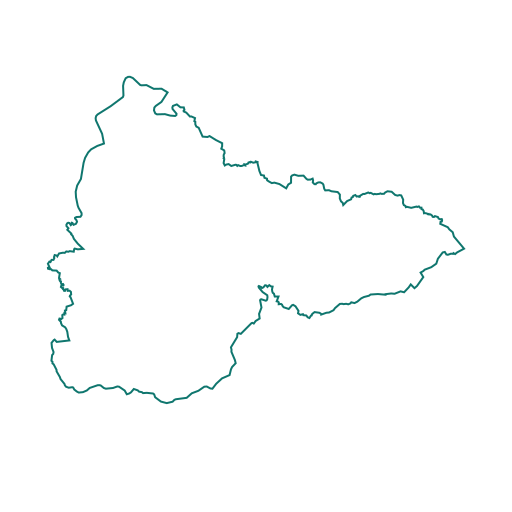 the district of Mueang Chanthaburi, Chanthaburi, Thailand, rotated 98°
{"feature_id": "78962969B33919440626179", "entity_name": "Mueang Chanthaburi", "entity_type": "district", "adm_level": 2, "iso_a3": "THA", "parent_name": "Thailand", "parent_adm1": "Chanthaburi", "projection": "albers", "projection_center": [102.113, 12.63], "detail": "fine", "context": "isolated", "style": "outline", "palette": "teal", "viewbox_px": 512, "rotation_deg": 98, "n_neighbors": 0, "source": "geoboundaries", "source_scale": "gbopen_adm2", "svg_char_len": 6112}
<svg xmlns="http://www.w3.org/2000/svg" viewBox="0 0 512 512"><g transform="rotate(98 256 256)"><path d="M200.8,70.1L198.5,78.0L196.4,78.0L196.1,76.9L195.6,76.7L194.5,76.7L193.6,77.2L194.0,78.8L193.5,80.4L192.1,81.3L191.6,84.4L192.6,85.2L192.6,86.5L191.5,87.2L190.5,89.0L190.8,90.4L190.3,90.8L190.7,91.6L190.1,92.7L190.0,94.8L190.3,95.6L188.2,96.2L186.8,97.3L186.6,98.6L185.1,98.9L185.3,100.4L184.2,101.6L185.0,103.2L184.7,103.9L186.7,109.0L186.3,113.3L186.8,114.4L185.6,115.0L185.0,116.7L183.1,117.8L179.7,118.1L175.8,120.6L175.7,122.4L176.5,124.2L176.2,126.7L173.5,130.6L173.6,134.8L175.2,137.0L176.6,137.9L177.0,140.4L176.7,141.6L177.3,142.5L178.1,145.6L178.0,147.1L178.6,148.1L177.5,151.2L178.0,152.2L177.5,153.7L179.5,157.2L179.6,158.5L182.0,161.5L182.8,161.4L183.1,162.1L182.6,163.2L183.1,164.6L181.8,166.1L182.9,168.1L184.1,168.3L184.8,169.5L186.6,169.7L188.9,173.4L193.4,176.7L191.2,177.6L190.1,179.4L187.4,181.0L183.5,181.5L181.3,184.0L181.4,190.3L180.7,192.9L181.4,196.6L179.9,197.8L176.0,199.2L175.0,200.1L174.1,202.6L174.5,204.6L175.7,206.4L176.6,206.8L176.7,208.1L175.3,210.0L173.1,210.0L171.5,210.7L172.8,212.8L173.2,215.5L172.6,216.8L169.8,220.1L170.7,225.3L170.1,229.3L171.2,231.4L172.5,232.3L178.6,231.5L180.7,234.0L184.8,235.5L181.5,242.8L180.8,248.0L181.6,250.5L180.5,253.4L179.5,255.5L177.9,255.9L177.4,258.5L175.2,259.3L175.1,262.3L171.3,264.5L163.7,267.5L162.7,267.5L162.4,269.4L163.2,269.4L164.0,271.7L163.4,274.2L164.1,274.6L163.9,275.4L164.5,276.5L165.4,276.5L166.9,278.9L166.8,280.0L167.8,279.5L167.6,280.6L168.8,282.6L169.1,284.1L168.5,286.3L169.4,287.1L168.5,288.1L168.5,289.1L170.3,293.0L168.8,295.9L169.6,298.2L170.7,299.5L168.5,301.0L164.4,300.9L163.7,301.7L162.9,301.4L161.6,302.0L159.9,302.0L158.5,301.4L156.3,302.0L155.8,302.3L154.6,305.3L152.2,304.8L149.0,305.2L146.8,311.7L143.7,318.7L144.9,320.6L145.2,325.5L137.0,330.6L136.1,333.1L134.1,334.4L131.5,334.8L131.1,335.8L127.9,335.6L126.8,339.5L127.1,340.8L123.7,345.0L122.9,347.7L122.1,347.9L121.2,347.2L118.9,348.2L119.3,351.5L116.9,355.5L118.9,359.1L120.4,359.5L122.0,359.1L126.2,354.5L127.6,354.5L128.6,355.6L128.9,360.5L128.2,365.9L129.5,373.8L128.8,375.6L126.0,377.3L123.1,377.3L121.3,376.1L116.6,371.1L106.3,366.3L103.5,372.8L104.7,380.5L102.0,388.2L102.9,393.0L102.8,394.4L96.9,402.7L96.1,405.7L96.4,407.6L98.1,409.8L102.4,411.1L106.0,411.3L115.5,409.6L117.1,409.9L127.9,420.8L137.9,432.6L139.7,433.8L141.8,434.0L144.0,433.4L156.4,425.4L165.8,422.2L169.1,428.5L173.3,434.1L176.8,436.6L182.6,438.9L187.7,439.7L204.1,440.1L211.1,442.9L217.4,443.5L222.9,442.4L230.8,439.6L232.9,438.5L237.8,434.7L239.7,434.4L241.6,435.3L242.4,439.2L243.3,440.5L244.1,440.4L245.5,438.8L247.0,438.0L249.2,438.8L250.5,441.0L248.8,442.4L248.7,443.0L250.7,443.3L251.2,443.7L249.3,445.3L249.2,446.6L249.9,447.5L251.5,448.1L252.8,447.8L254.6,445.6L256.3,446.5L259.5,442.0L260.2,442.1L261.5,440.4L264.4,438.7L268.6,434.2L273.0,428.1L274.2,433.4L273.9,436.6L274.5,437.0L277.1,437.1L277.1,441.1L277.9,442.4L277.9,444.5L279.5,445.8L279.6,447.6L280.9,451.4L284.0,452.7L283.3,453.3L283.1,455.5L285.3,455.9L286.1,455.4L288.0,456.0L288.3,457.9L290.6,458.7L290.3,459.8L292.6,461.0L296.0,458.8L296.6,460.4L297.5,460.2L297.8,458.6L297.6,457.0L298.6,455.7L298.2,451.4L299.9,449.5L300.3,447.9L305.2,448.0L306.0,446.9L306.4,447.5L307.0,447.3L308.0,446.7L308.3,445.6L309.5,445.6L311.1,444.6L310.6,443.2L311.5,442.5L312.1,442.7L312.2,444.6L313.8,444.9L314.6,443.7L314.6,442.6L315.6,442.6L315.9,442.0L317.2,441.2L317.1,440.3L315.6,440.1L315.1,438.0L316.7,437.6L316.3,435.8L317.3,434.3L319.8,433.7L321.1,434.7L322.0,434.8L322.5,434.0L328.8,430.5L330.5,432.3L332.5,436.5L336.0,436.4L336.6,437.6L339.2,436.8L339.1,437.8L340.7,437.6L340.7,438.8L341.5,439.6L344.4,439.0L346.1,440.6L345.3,441.2L345.3,441.9L346.6,442.2L348.4,440.0L349.5,439.8L351.7,438.4L353.2,435.0L354.9,433.6L357.4,432.3L362.2,430.9L365.6,429.1L368.8,441.4L366.8,443.8L367.5,444.6L370.5,446.4L375.4,445.2L379.3,443.1L381.2,443.2L382.5,444.1L388.2,444.0L389.1,442.8L390.7,442.6L391.4,441.3L396.5,437.7L398.0,437.4L403.1,433.4L405.1,432.4L409.4,427.8L410.6,427.3L411.9,425.9L412.5,423.1L411.5,419.7L411.7,418.7L413.5,417.4L415.2,414.5L415.9,412.5L414.9,408.4L412.7,404.8L409.8,402.3L406.0,394.8L405.7,393.1L405.8,391.8L407.9,388.3L408.3,386.2L406.6,379.2L404.5,375.2L404.5,373.4L407.5,367.3L410.9,364.7L409.8,362.4L408.4,360.8L404.7,358.5L405.5,354.4L406.6,352.9L406.7,350.1L407.5,348.8L406.7,345.1L406.5,338.8L407.2,337.6L409.9,336.2L413.4,329.9L414.1,323.9L411.9,318.3L409.8,316.8L409.0,315.4L406.1,304.9L400.9,300.5L397.5,294.3L392.6,289.0L392.1,286.6L393.5,282.8L393.5,280.7L388.0,277.6L381.9,272.6L377.6,265.6L371.7,265.0L369.2,264.2L365.0,261.2L362.0,262.4L354.3,267.0L352.2,267.2L349.9,268.1L339.0,263.4L335.6,263.6L334.8,262.6L335.2,260.2L323.1,251.1L322.7,250.2L323.2,248.8L320.4,247.3L317.4,243.7L312.9,244.9L306.3,243.4L299.2,245.8L298.4,245.4L298.1,244.7L298.9,240.1L298.5,239.4L297.5,238.9L295.0,238.9L293.3,239.4L290.8,244.4L286.9,248.8L285.7,249.3L285.3,249.0L286.0,246.6L286.9,245.6L286.0,244.3L283.7,242.9L283.8,241.5L285.0,240.4L283.0,238.8L284.0,237.0L284.0,235.3L286.9,235.5L288.7,235.0L290.1,234.3L290.8,233.0L293.5,231.8L293.0,228.1L298.0,229.2L298.2,227.6L298.8,227.0L300.6,226.8L300.0,224.5L300.6,223.4L301.6,222.9L302.9,221.5L303.9,216.2L299.8,213.5L299.2,212.4L300.3,209.9L304.4,206.3L306.9,206.4L308.1,203.9L307.1,201.4L308.0,200.9L307.9,197.9L309.5,196.3L310.0,194.5L307.3,193.2L307.1,192.6L305.6,192.3L303.4,190.2L303.4,185.3L304.3,183.3L304.9,183.2L302.4,178.4L301.8,175.8L298.9,171.7L296.6,170.5L291.8,166.3L291.3,164.0L291.5,162.7L290.8,160.1L291.0,157.9L289.8,155.9L288.6,155.2L288.9,151.9L287.1,149.3L283.3,145.9L281.6,143.4L279.6,138.6L278.2,137.2L276.7,130.0L276.3,122.4L275.8,122.5L274.3,116.9L274.1,113.5L270.9,107.9L271.3,104.3L265.8,100.4L262.6,98.8L265.8,94.6L263.3,92.4L253.6,87.4L249.5,90.7L247.6,88.2L246.1,87.1L242.7,80.9L238.5,76.4L233.4,75.5L226.5,71.6L225.7,69.6L228.0,67.7L228.1,66.2L226.6,63.3L226.4,61.0L225.7,60.8L226.4,59.1L224.4,57.3L219.8,51.0L209.2,62.7L205.1,64.5L202.7,68.3L200.8,70.1Z" fill="none" stroke="#0f766e" stroke-width="2"/></g></svg>